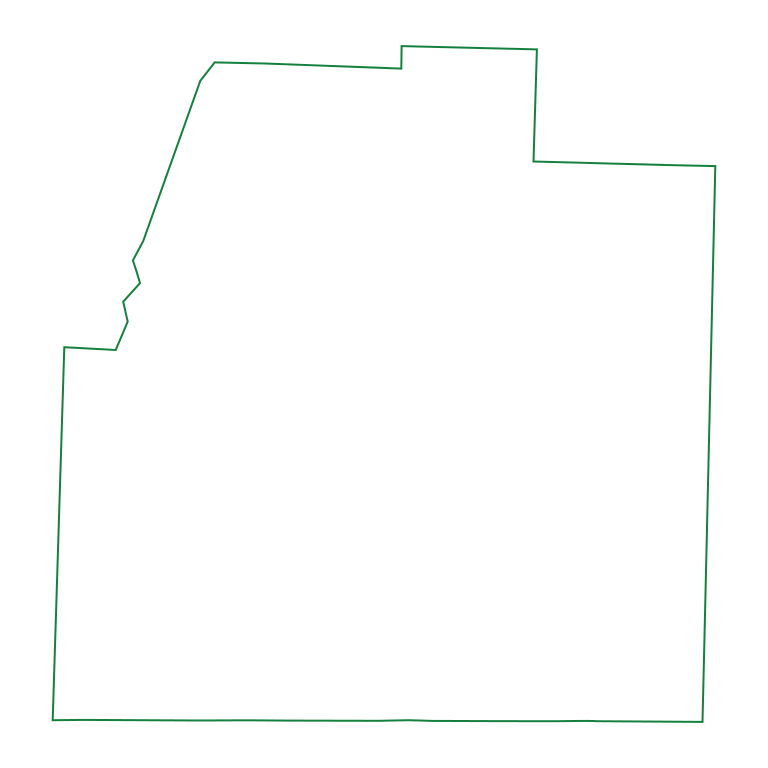 Columbia, Arkansas, United States of America (Robinson projection)
{"feature_id": "52423323B4555775587710", "entity_name": "Columbia", "entity_type": "district", "adm_level": 2, "iso_a3": "USA", "parent_name": "United States of America", "parent_adm1": "Arkansas", "projection": "robinson", "projection_center": [-93.258, 33.236], "detail": "fine", "context": "isolated", "style": "outline", "palette": "green", "viewbox_px": 768, "rotation_deg": 0, "n_neighbors": 0, "source": "geoboundaries", "source_scale": "gbopen_adm2", "svg_char_len": 561}
<svg xmlns="http://www.w3.org/2000/svg" viewBox="0 0 768 768"><path d="M715.3,166.1L669.4,165.1L533.5,161.5L536.9,49.4L401.6,46.1L401.3,68.6L264.9,63.5L214.7,62.4L200.3,80.8L143.2,241.1L132.9,260.4L136.6,271.7L140.0,283.1L123.2,301.7L127.7,321.6L115.7,350.0L64.3,347.2L52.7,720.2L54.0,720.2L83.0,719.9L199.5,720.5L247.1,720.3L288.5,720.6L288.8,720.6L378.9,720.8L408.6,720.2L432.3,720.9L488.0,721.1L532.9,721.2L556.5,721.2L557.1,721.2L582.5,720.9L593.2,721.0L596.4,721.2L702.5,721.9L705.4,597.8L715.3,166.1Z" fill="none" stroke="#15803d" stroke-width="2"/></svg>